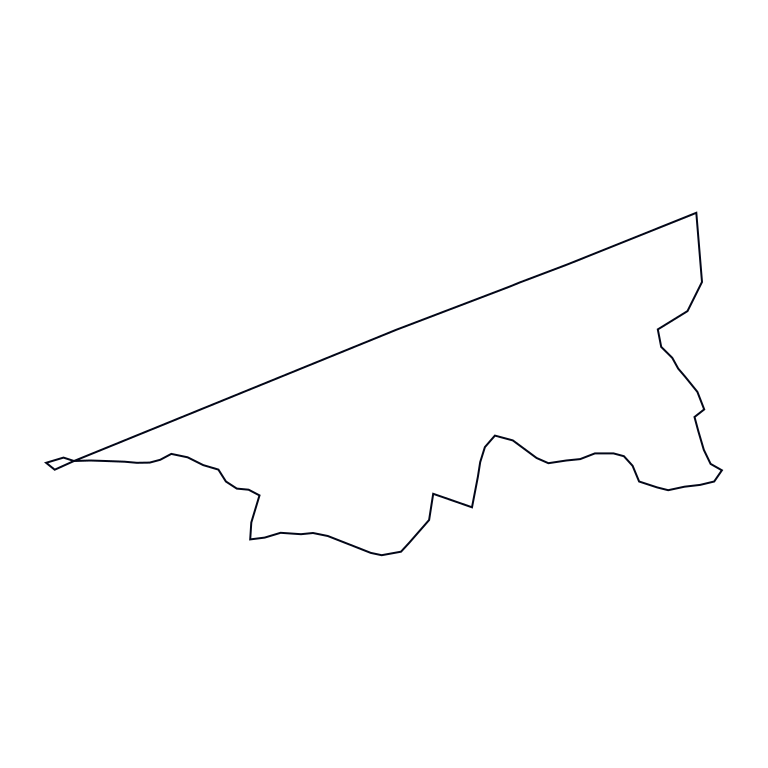 Vera Cruz, Rio Grande do Norte, Brazil
{"feature_id": "56859067B57046427272497", "entity_name": "Vera Cruz", "entity_type": "district", "adm_level": 2, "iso_a3": "BRA", "parent_name": "Brazil", "parent_adm1": "Rio Grande do Norte", "projection": "albers", "projection_center": [-35.443, -6.033], "detail": "fine", "context": "isolated", "style": "outline", "palette": "ink", "viewbox_px": 768, "rotation_deg": 0, "n_neighbors": 0, "source": "geoboundaries", "source_scale": "gbopen_adm2", "svg_char_len": 1008}
<svg xmlns="http://www.w3.org/2000/svg" viewBox="0 0 768 768"><path d="M74.0,461.0L90.3,460.5L105.5,461.0L124.5,461.7L136.8,462.8L149.7,462.6L160.2,459.8L171.3,453.9L187.6,457.3L203.2,465.1L218.4,469.6L225.9,481.5L236.8,488.6L248.6,489.7L259.5,495.4L251.3,522.5L250.2,539.4L264.7,537.6L280.6,532.8L301.0,534.2L313.0,533.0L327.8,536.0L370.8,552.9L381.7,555.2L401.0,551.7L409.2,542.8L429.1,520.0L433.2,493.8L454.8,501.3L472.0,507.3L477.9,476.7L480.2,462.1L484.9,447.1L494.9,435.6L512.8,440.4L536.6,458.0L548.4,463.2L566.3,460.5L580.2,459.1L594.9,453.4L613.5,453.4L623.9,456.2L632.6,465.8L639.1,481.5L657.1,487.4L668.2,490.2L684.5,486.7L700.1,484.9L714.2,481.5L721.9,470.3L710.6,463.9L703.8,449.8L698.3,431.1L694.5,417.0L704.2,409.4L697.4,391.9L685.2,376.8L678.2,368.6L672.3,357.9L661.2,346.9L657.8,329.4L687.5,311.1L702.0,282.0L696.3,212.8L567.5,264.4L519.9,282.4L509.9,286.5L396.2,329.8L74.0,461.0ZM54.7,469.7L74.0,461.0L63.5,457.6L46.1,462.8L54.7,469.7Z" fill="none" stroke="#020617" stroke-width="2"/></svg>